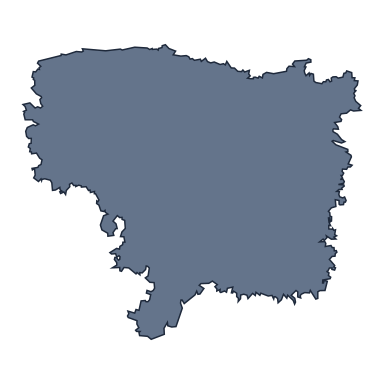 the district of Sunamganj, Sylhet, Bangladesh
{"feature_id": "16705992B61059366245275", "entity_name": "Sunamganj", "entity_type": "district", "adm_level": 2, "iso_a3": "BGD", "parent_name": "Bangladesh", "parent_adm1": "Sylhet", "projection": "mercator", "projection_center": [91.358, 24.888], "detail": "fine", "context": "isolated", "style": "filled", "palette": "slate", "viewbox_px": 384, "rotation_deg": 0, "n_neighbors": 0, "source": "geoboundaries", "source_scale": "gbopen_adm2", "svg_char_len": 5901}
<svg xmlns="http://www.w3.org/2000/svg" viewBox="0 0 384 384"><path d="M325.0,290.5L327.3,281.3L324.2,280.4L323.5,283.0L322.6,283.0L322.8,280.0L330.1,278.7L330.7,277.2L328.4,275.5L329.0,272.9L326.5,271.3L327.7,271.4L329.4,268.0L332.0,268.0L331.9,269.4L334.6,270.1L335.5,267.8L333.8,267.0L334.7,265.5L329.4,259.4L332.1,256.4L335.0,256.2L335.3,253.6L336.9,252.2L336.3,250.6L334.3,250.8L334.0,247.6L332.2,247.6L331.0,245.5L325.3,246.5L325.8,243.4L324.8,241.6L319.6,241.9L323.1,239.1L324.2,240.5L326.9,237.7L326.4,235.9L331.3,239.2L335.9,239.0L333.9,237.1L336.6,235.8L334.7,234.6L335.5,229.8L333.8,230.3L332.6,228.3L332.3,229.3L328.8,228.9L328.8,225.4L330.6,225.7L329.0,222.3L328.4,217.2L328.8,219.2L329.6,218.1L330.2,221.9L331.5,221.0L331.6,216.7L330.0,216.0L329.8,212.7L328.4,211.3L331.4,207.8L335.9,206.5L335.3,199.7L339.0,200.5L339.1,204.2L340.0,204.9L343.5,204.6L344.0,202.1L345.4,202.1L346.1,200.5L344.6,197.0L342.7,197.9L339.7,196.8L338.8,194.3L339.4,191.4L336.7,191.4L338.9,189.5L342.1,189.4L341.6,188.2L344.2,186.1L343.8,184.9L338.4,184.5L343.7,183.2L344.3,181.5L342.8,179.1L340.3,179.6L342.5,178.0L341.1,175.5L342.4,175.5L343.7,173.1L342.1,171.4L342.5,169.1L346.6,169.3L347.9,167.0L350.4,167.0L352.1,165.2L348.2,163.9L351.4,156.9L351.0,155.3L346.0,152.0L347.9,151.5L347.8,149.4L335.9,144.8L332.1,141.2L333.2,140.5L341.5,143.0L344.9,141.6L341.6,139.6L337.4,134.2L333.0,131.6L332.9,129.9L333.4,128.9L338.4,129.2L337.8,126.7L334.6,122.5L341.0,121.4L341.6,119.6L339.5,117.1L341.1,113.8L346.6,113.2L350.5,109.9L353.6,111.0L361.0,110.4L358.5,108.3L360.7,105.6L355.8,101.4L354.1,97.7L355.0,95.8L353.7,93.3L356.4,90.2L354.8,91.2L354.4,88.7L357.3,85.0L358.0,80.9L354.3,80.6L354.9,77.8L352.1,77.7L351.7,72.6L346.7,70.9L345.8,72.9L343.9,73.3L342.9,77.1L338.2,78.1L336.1,76.7L332.9,76.9L331.2,78.1L331.6,81.1L330.0,81.8L328.4,79.5L326.5,79.9L325.8,81.8L323.4,81.7L321.9,83.7L315.7,82.5L313.9,81.0L313.4,74.2L310.9,73.4L309.6,75.4L309.1,72.9L306.0,75.7L304.7,73.0L304.2,70.6L305.9,67.0L304.4,66.8L306.1,63.1L310.9,62.1L310.8,59.7L308.4,58.7L306.7,60.2L294.8,61.0L292.5,64.1L294.5,66.6L289.0,66.2L286.9,68.6L286.5,71.3L273.6,73.7L266.6,72.4L263.0,74.4L262.4,77.9L259.2,76.3L258.1,78.1L255.1,77.1L253.4,77.4L253.4,78.7L250.3,78.7L247.6,78.2L250.2,75.9L248.7,74.0L249.4,70.3L244.6,72.0L242.9,70.0L241.5,71.6L237.7,71.3L234.5,68.1L231.2,67.9L226.8,61.4L225.3,64.9L223.5,63.7L220.1,64.5L214.2,62.0L210.7,62.9L207.5,61.6L205.5,58.2L201.3,61.4L200.4,59.2L194.4,60.3L192.4,58.6L190.1,59.1L188.8,56.8L186.3,55.6L180.8,56.1L173.2,54.8L175.6,51.1L168.9,48.5L165.4,44.7L162.2,45.7L162.0,47.6L158.6,48.4L158.2,50.1L156.8,49.1L152.4,49.4L152.2,48.5L149.7,49.5L147.2,48.0L134.7,47.2L122.2,50.0L120.4,49.1L105.7,50.8L82.4,48.8L83.3,51.1L81.7,52.0L76.3,51.5L66.0,54.9L61.2,54.1L61.1,55.5L38.6,61.1L37.5,63.2L40.8,66.3L39.1,67.7L39.4,69.4L37.8,69.1L35.7,71.9L33.3,71.6L32.0,77.1L33.7,78.0L33.3,79.4L34.7,80.4L34.8,85.3L31.3,88.0L36.4,93.9L41.2,96.5L41.6,97.7L39.9,99.5L40.8,103.6L42.7,106.2L40.6,108.0L37.7,106.8L35.1,108.0L29.9,102.9L23.0,104.5L25.1,106.5L26.4,110.2L23.5,111.4L24.6,112.4L23.8,114.1L25.2,119.8L32.6,119.8L33.4,121.5L38.6,124.1L35.5,125.8L33.2,124.8L27.3,127.5L25.7,131.3L26.6,136.4L28.7,138.5L31.3,138.4L31.1,143.3L29.3,143.7L28.3,147.0L30.3,148.5L29.7,151.7L31.4,152.0L31.6,153.8L36.5,153.1L39.6,158.1L42.0,159.8L41.0,164.5L38.7,165.6L37.9,167.4L32.0,168.4L32.4,169.9L34.5,168.5L35.2,175.1L33.7,177.9L38.5,181.5L41.0,178.9L41.6,180.6L41.9,179.4L44.8,178.8L50.3,180.2L51.8,182.8L52.5,190.4L55.5,190.0L59.8,187.4L60.1,189.8L61.9,191.1L59.8,191.8L60.6,193.5L63.9,192.0L65.6,194.5L66.3,190.5L69.8,186.7L69.5,184.3L71.9,183.0L73.7,185.5L75.9,185.4L75.8,186.5L78.7,185.2L81.2,185.8L81.4,187.1L86.1,186.7L88.5,190.5L90.0,190.1L90.4,192.5L94.5,191.5L94.3,193.7L95.6,193.8L98.9,199.9L97.9,201.7L96.8,200.9L96.6,203.5L98.9,205.1L100.9,210.9L103.9,211.5L105.0,210.4L105.4,212.4L107.9,214.1L103.6,215.7L100.4,225.0L101.9,229.9L107.7,233.2L107.9,236.2L113.8,235.4L113.0,232.6L115.7,228.7L117.2,228.6L116.0,223.8L113.0,221.1L117.3,215.6L119.7,217.6L122.0,217.4L122.1,219.4L124.7,220.4L125.3,228.4L121.9,232.0L120.5,236.6L123.9,236.8L124.9,242.1L122.9,242.2L122.6,244.7L119.9,246.4L119.5,249.1L116.6,248.4L109.9,252.6L111.5,254.0L115.6,253.7L116.9,257.2L118.9,255.7L120.0,256.8L119.7,259.4L118.4,260.1L116.4,257.4L114.9,257.4L114.4,259.5L116.7,262.6L116.8,265.1L112.4,267.8L119.7,267.5L119.9,270.8L121.5,271.3L124.0,267.5L128.7,267.9L136.0,273.9L137.0,272.5L139.9,274.8L139.8,272.6L142.2,272.9L145.6,269.5L146.2,266.0L147.6,266.3L149.3,268.0L148.1,275.9L145.3,277.9L149.9,282.3L154.1,282.6L154.6,288.2L153.2,290.5L151.0,291.7L147.0,290.4L146.4,293.1L150.7,294.6L149.6,299.8L147.9,301.7L146.0,301.7L145.3,300.5L141.1,300.9L139.0,310.3L136.0,309.5L134.7,313.1L127.9,311.1L128.8,313.7L127.5,316.0L128.2,317.5L137.0,320.7L136.9,324.1L138.8,327.7L135.6,330.2L136.5,331.4L140.0,331.5L139.0,332.6L139.6,335.6L147.6,336.3L151.2,339.3L164.3,334.3L164.0,328.3L167.4,322.4L167.8,325.8L171.7,327.0L176.0,326.6L182.3,308.1L180.5,303.1L181.0,300.0L182.1,300.0L184.2,303.6L195.0,294.9L196.7,291.2L197.9,294.3L200.0,294.0L203.9,288.5L199.2,285.3L200.9,283.6L208.8,283.3L212.4,281.1L217.3,284.6L214.9,286.7L216.9,288.9L216.8,291.0L220.1,289.5L219.8,291.8L220.8,292.5L224.5,291.0L226.5,292.2L227.4,288.3L232.8,287.1L231.4,292.8L232.6,293.0L233.6,291.2L236.7,293.2L236.7,296.6L238.5,298.4L238.2,301.5L240.5,298.8L240.7,295.0L243.8,294.2L247.0,295.2L248.0,298.6L252.6,293.4L255.3,295.5L256.0,292.3L259.9,295.3L260.8,293.2L268.2,296.0L272.0,295.4L273.7,299.0L274.2,296.8L275.3,296.7L277.6,298.5L278.1,302.8L281.4,299.8L283.5,294.3L286.8,298.2L287.7,295.2L293.2,300.4L294.6,304.1L295.5,302.1L294.8,298.3L291.2,295.3L296.0,290.5L297.8,291.9L297.7,296.9L300.7,297.9L300.2,295.7L301.3,294.2L304.6,292.6L309.5,292.9L310.3,290.4L315.8,299.1L317.8,298.4L317.8,291.8L319.9,290.6L325.0,290.5Z" fill="#64748b" stroke="#1e293b" stroke-width="1.5"/></svg>